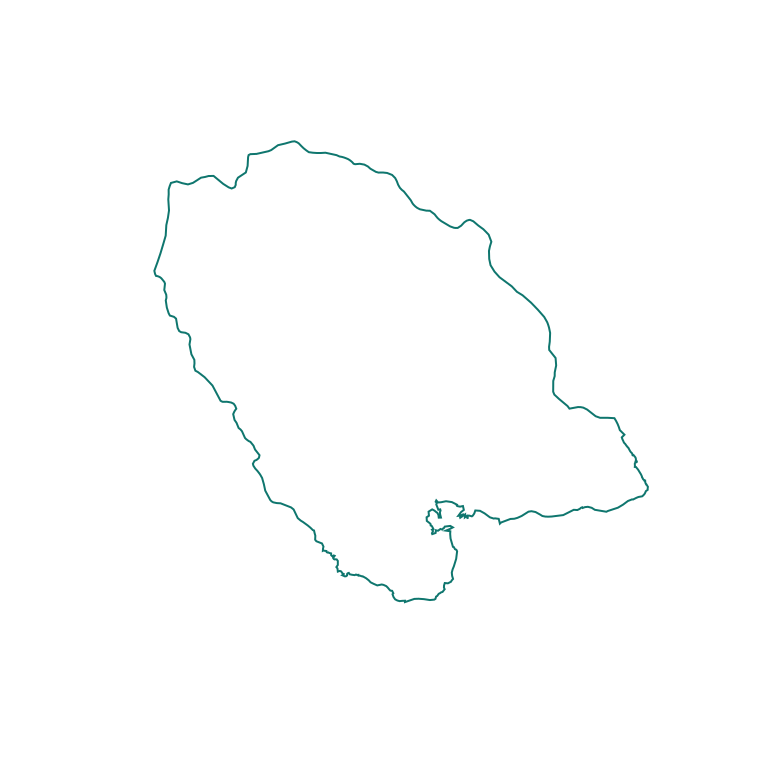 the district of Iablanita, Caras-Severin, Romania, rotated 118°
{"feature_id": "2599482B41356842698791", "entity_name": "Iablanita", "entity_type": "district", "adm_level": 2, "iso_a3": "ROU", "parent_name": "Romania", "parent_adm1": "Caras-Severin", "projection": "robinson", "projection_center": [22.284, 44.936], "detail": "fine", "context": "isolated", "style": "outline", "palette": "teal", "viewbox_px": 768, "rotation_deg": 118, "n_neighbors": 0, "source": "geoboundaries", "source_scale": "gbopen_adm2", "svg_char_len": 6166}
<svg xmlns="http://www.w3.org/2000/svg" viewBox="0 0 768 768"><g transform="rotate(118 384 384)"><path d="M369.4,110.8L369.1,109.9L366.0,107.7L364.3,106.3L362.1,103.5L361.8,103.2L359.2,102.4L357.6,102.3L355.7,102.5L353.7,101.5L352.1,102.3L350.9,102.7L349.4,105.2L349.6,105.4L348.8,106.5L348.1,107.2L347.4,107.6L347.2,108.5L346.6,108.4L346.6,110.0L346.3,110.7L345.4,111.9L345.3,112.3L344.6,112.8L343.2,114.6L340.3,119.5L339.0,122.6L339.0,123.0L339.4,123.3L339.5,123.6L338.5,124.0L336.7,125.1L336.1,125.3L335.5,125.1L334.7,124.6L334.5,124.3L334.1,124.2L333.9,124.3L334.8,125.3L334.4,125.6L333.0,125.7L331.3,126.9L330.7,127.7L329.6,130.3L330.2,130.8L330.2,131.1L328.8,132.3L328.3,134.0L327.6,135.4L325.6,138.3L325.5,139.2L325.0,139.8L324.9,140.5L323.6,143.0L323.4,143.9L322.9,144.9L321.9,146.1L320.9,147.5L319.5,149.0L315.9,147.9L314.0,154.1L311.7,156.5L309.6,159.0L307.7,161.7L306.0,164.5L309.0,171.0L312.4,177.3L313.1,182.0L311.2,192.6L311.3,196.9L312.1,199.5L313.3,201.9L318.7,208.7L317.3,211.6L315.0,222.6L313.4,228.6L311.4,231.0L301.8,236.0L296.9,237.0L293.6,238.7L286.8,240.7L280.5,244.7L276.4,254.1L273.7,255.7L268.8,257.5L260.9,261.3L256.7,264.8L254.7,266.8L252.9,268.8L249.6,274.0L246.2,283.0L243.2,292.2L240.6,303.3L240.2,309.9L237.8,317.0L235.5,332.1L232.9,339.2L229.1,345.7L224.2,349.8L217.2,353.8L212.7,355.1L208.0,356.0L203.0,361.7L200.7,368.9L199.8,375.2L198.4,381.5L198.7,385.1L199.3,386.0L200.9,387.6L203.5,389.0L208.0,390.2L211.6,392.2L212.5,393.8L213.2,395.5L213.8,399.6L213.3,409.9L212.9,412.3L212.3,414.6L211.4,416.8L210.4,419.0L209.5,424.8L211.1,428.1L212.9,434.4L212.9,437.5L212.5,439.8L211.8,442.1L211.2,443.5L209.2,446.6L204.7,456.8L204.2,459.5L203.3,462.1L201.4,465.1L199.0,467.8L196.9,470.8L195.6,475.0L196.2,480.3L197.8,484.3L199.9,488.1L200.5,490.7L200.3,497.1L199.5,500.3L199.5,504.3L200.9,508.7L203.5,512.7L203.8,514.3L203.1,516.0L202.7,517.7L202.4,519.5L202.3,521.3L202.5,523.5L202.8,525.7L203.3,528.0L204.0,530.1L204.2,533.3L207.3,544.3L209.5,547.9L211.5,551.6L213.2,555.4L214.6,559.2L214.2,562.4L213.6,565.6L212.8,568.4L211.5,572.4L211.4,574.6L211.7,576.9L213.2,579.1L218.2,584.3L222.9,589.7L230.4,593.4L232.7,595.3L240.7,604.6L243.8,609.9L245.4,611.0L247.5,610.5L255.5,606.8L262.1,605.3L270.4,609.8L274.2,609.8L276.1,609.3L277.8,608.4L280.3,608.2L282.9,610.3L283.3,613.5L282.8,619.9L280.3,632.1L282.6,636.4L285.3,639.3L287.7,642.4L296.1,647.1L299.8,650.8L301.4,656.4L302.4,662.1L306.5,666.5L310.0,666.1L313.5,665.4L317.7,663.1L322.3,661.1L331.7,655.3L338.7,652.8L345.9,650.8L355.5,646.4L364.6,644.5L373.6,642.7L382.7,641.2L391.9,639.9L394.3,637.8L395.6,636.0L395.1,634.6L394.9,633.1L394.9,631.7L395.2,630.2L397.0,625.9L398.2,624.5L404.2,622.1L407.4,618.2L409.1,617.1L410.2,616.5L412.7,615.9L418.5,611.6L422.6,607.4L424.1,605.2L423.3,601.0L423.9,598.3L431.3,592.6L433.4,589.7L433.5,587.4L432.0,583.4L431.9,580.0L433.9,577.1L435.3,576.0L440.4,574.3L448.2,568.0L451.7,562.8L454.8,561.0L458.1,559.7L460.8,556.8L460.8,554.0L462.2,545.6L465.9,534.7L475.5,520.5L475.6,519.2L475.4,517.9L473.5,514.5L472.9,512.8L472.1,510.2L472.0,507.5L473.1,505.2L475.2,502.8L477.0,503.1L478.8,503.2L481.4,503.0L485.9,499.1L487.5,496.0L491.1,491.7L491.5,489.4L492.4,487.2L496.9,481.4L497.4,479.8L497.7,478.1L497.9,476.5L497.8,474.8L499.7,470.3L502.4,467.1L505.3,460.5L507.8,459.8L508.8,460.0L510.9,460.9L512.6,462.3L516.0,462.3L517.5,460.9L519.1,458.0L520.2,454.9L521.6,451.8L522.3,450.5L524.2,447.5L528.9,443.0L533.9,438.8L539.8,430.0L540.4,428.2L540.5,426.3L539.5,422.8L537.9,419.3L536.6,408.1L537.2,404.9L542.9,397.2L543.7,393.5L543.9,390.6L544.7,384.9L545.4,381.6L546.4,378.2L546.2,377.0L548.2,375.3L550.2,373.4L553.8,371.7L554.6,369.9L553.9,363.9L556.0,361.1L557.9,360.6L559.9,359.7L559.6,359.5L558.5,356.4L559.4,355.6L559.3,354.6L558.8,354.0L558.9,352.9L558.4,351.2L560.0,350.2L560.4,348.5L559.0,347.9L558.9,346.9L561.5,347.2L562.1,346.1L562.1,345.3L561.7,344.8L561.1,343.4L561.9,341.7L565.5,339.8L568.0,340.1L568.7,338.5L571.3,336.7L569.8,335.3L569.6,333.8L570.8,331.6L570.6,330.4L571.1,330.2L572.4,331.0L572.2,328.2L571.6,327.3L570.4,326.7L569.0,327.4L568.2,327.2L567.3,326.4L568.1,325.0L567.5,322.8L566.5,320.1L565.4,319.3L565.3,318.2L564.5,317.0L565.2,316.5L564.5,315.2L564.1,312.7L563.8,312.5L563.9,308.6L564.5,305.3L565.4,302.7L565.3,299.2L565.0,295.4L562.1,291.9L561.6,290.1L561.4,287.1L562.0,285.1L563.0,282.7L563.4,281.4L562.8,279.7L564.4,277.5L565.6,277.8L567.6,275.6L568.9,273.1L568.9,270.6L568.4,268.3L566.9,266.1L565.5,263.7L566.7,263.1L559.5,256.3L557.4,252.7L555.2,247.7L553.2,242.0L550.8,238.4L549.6,237.7L547.3,238.2L546.1,237.5L543.6,237.2L542.3,236.3L541.2,235.8L540.1,234.7L536.7,234.1L535.6,235.5L533.7,236.4L531.2,236.9L530.0,234.0L527.1,232.0L525.7,232.0L523.7,231.5L521.5,233.7L518.7,235.6L515.4,236.4L512.3,236.7L504.5,238.2L497.4,240.9L496.4,242.3L496.5,243.8L495.2,245.8L495.4,246.7L489.2,252.7L485.3,255.2L482.9,256.3L484.4,260.5L481.4,258.0L478.3,255.9L478.2,258.9L481.4,263.4L483.4,263.5L483.6,263.9L485.2,264.3L485.5,266.1L488.2,267.4L488.8,269.5L491.3,268.5L493.9,270.9L493.3,271.6L490.8,271.7L490.1,273.2L488.9,272.2L487.0,275.0L487.0,276.4L485.9,277.0L485.4,278.4L484.8,281.9L481.7,283.8L479.2,282.5L475.8,284.7L472.1,282.6L472.1,279.9L472.5,278.2L472.7,276.5L473.9,274.6L476.3,272.9L475.2,271.0L472.7,273.3L470.8,274.5L469.3,274.6L468.3,275.5L469.5,277.0L465.8,281.3L464.2,281.5L463.7,283.1L462.2,283.2L463.2,280.6L461.6,278.1L458.4,274.2L456.4,268.6L456.3,263.0L456.8,263.1L457.4,262.1L456.6,259.3L454.7,257.0L457.7,254.4L460.8,255.8L465.5,256.5L464.3,254.8L461.3,252.4L466.1,254.1L466.3,253.9L461.1,251.2L463.8,250.0L462.0,249.2L463.6,246.8L460.9,248.4L460.2,247.0L459.6,244.3L458.6,243.8L456.0,243.5L452.8,244.0L450.9,239.7L451.0,234.5L452.0,227.9L451.3,224.0L450.5,222.9L449.2,219.4L452.9,216.1L451.3,215.6L443.8,209.0L441.8,205.7L439.5,203.3L435.9,200.5L428.9,196.5L427.1,194.1L425.9,190.1L426.0,184.8L426.2,182.2L425.3,179.3L424.0,176.6L422.2,173.6L415.6,164.2L406.0,157.4L404.5,154.1L402.3,152.5L400.9,152.0L399.8,151.1L400.2,150.4L398.4,148.8L396.7,146.3L395.8,142.5L396.1,138.8L392.4,127.7L391.0,126.7L383.4,119.4L378.3,116.3L372.8,113.7L369.4,110.8Z" fill="none" stroke="#0f766e" stroke-width="2"/></g></svg>